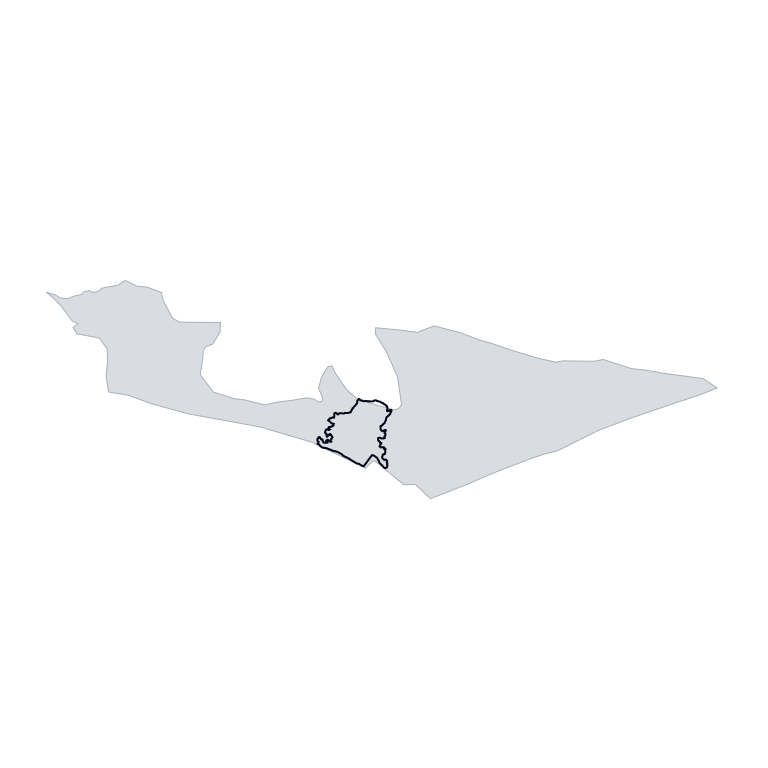 location of Ashqelon, HaDarom, Israel, rotated 267°
{"feature_id": "584046B11408100439208", "entity_name": "Ashqelon", "entity_type": "district", "adm_level": 2, "iso_a3": "ISR", "parent_name": "Israel", "parent_adm1": "HaDarom", "projection": "orthographic", "projection_center": [34.744, 31.637], "detail": "fine", "context": "in_parent", "style": "outline", "palette": "ink", "viewbox_px": 768, "rotation_deg": 267, "n_neighbors": 0, "source": "geoboundaries", "source_scale": "gbopen_adm2", "svg_char_len": 7424}
<svg xmlns="http://www.w3.org/2000/svg" viewBox="0 0 768 768"><g transform="rotate(267 384 384)"><path d="M493.3,51.7L490.0,60.8L486.7,65.6L485.7,72.8L487.9,78.7L489.2,86.7L491.8,88.9L492.7,94.2L490.5,99.4L491.6,103.6L494.5,107.5L496.7,123.5L500.9,131.1L494.5,142.7L493.3,152.1L487.0,166.5L479.5,167.6L462.1,175.7L459.7,178.0L456.7,182.6L456.2,186.2L454.0,224.0L444.4,223.0L432.7,214.9L430.4,207.7L426.9,205.3L418.6,204.4L402.9,200.9L384.7,213.4L377.0,234.1L375.5,243.7L369.3,264.0L371.5,276.4L372.6,292.5L374.2,305.7L372.6,313.6L369.1,317.8L370.1,320.9L373.3,322.0L383.3,318.4L393.9,321.9L404.1,328.7L404.9,333.1L397.7,335.8L380.7,346.1L368.8,358.1L365.6,369.2L357.6,392.8L358.7,397.6L362.6,400.4L390.4,397.9L415.7,388.2L434.6,378.0L440.6,378.6L436.8,404.5L433.7,420.5L435.0,423.2L439.4,437.0L431.4,462.4L422.4,483.0L419.2,492.8L410.5,514.6L401.5,539.8L396.7,557.2L397.8,563.3L395.7,595.2L397.0,604.2L386.4,631.9L384.3,645.5L380.0,664.0L372.7,703.2L362.6,716.3L357.5,701.7L345.9,659.9L337.7,631.2L326.6,596.0L307.9,553.0L306.2,542.7L302.2,527.7L289.4,488.6L279.0,460.4L267.1,424.4L282.0,410.2L282.4,398.4L307.7,371.0L307.4,368.3L300.7,361.0L301.7,359.8L329.7,308.7L347.6,258.0L364.3,187.6L376.1,151.7L386.1,128.0L390.5,108.4L406.7,106.9L418.8,108.9L433.3,109.5L444.8,102.1L450.2,79.9L456.8,76.4L460.1,81.5L463.5,75.7L478.5,65.9L485.9,59.5L493.3,51.7Z" fill="#d9dde1" stroke="#a8b0b8" stroke-width="1"/><path d="M361.6,385.9L361.9,385.7L362.0,385.2L362.4,385.0L362.7,384.8L362.8,384.6L363.0,384.3L363.4,384.1L363.5,383.6L363.7,383.1L364.2,382.9L364.6,382.2L364.9,382.1L365.0,381.8L364.9,381.1L365.3,380.6L365.7,380.6L365.8,380.0L366.4,379.5L366.7,378.1L366.8,377.9L367.0,377.7L367.2,377.3L367.3,376.3L367.5,375.8L367.9,375.5L368.1,375.3L368.1,374.5L368.1,373.9L368.0,373.3L367.5,372.9L367.3,372.3L367.3,371.8L367.3,370.5L367.2,369.8L367.3,369.1L367.7,368.3L367.7,368.0L367.4,367.6L367.5,367.1L367.6,366.8L367.8,366.3L367.9,365.8L368.0,365.3L368.0,364.5L368.0,363.9L368.0,363.2L367.9,362.8L368.0,362.2L368.2,361.8L368.5,361.6L368.7,361.4L368.7,360.8L368.7,360.2L368.8,359.8L368.9,359.6L369.3,359.4L369.5,359.1L369.7,358.9L370.1,358.8L370.4,358.1L370.1,357.9L369.8,357.6L369.6,357.2L369.2,356.8L368.7,356.4L367.9,356.3L366.9,356.3L366.0,356.0L365.6,355.7L365.1,355.0L364.6,354.6L364.2,354.4L363.7,354.0L363.5,353.5L362.9,352.9L361.9,352.1L361.5,351.8L361.3,351.3L360.8,351.2L360.6,351.0L360.1,350.6L359.7,350.4L359.4,350.3L359.2,349.9L358.8,349.8L358.1,349.7L357.7,349.4L357.4,349.0L357.3,348.7L357.5,348.0L357.1,347.4L356.9,346.9L357.0,344.7L357.2,343.4L356.6,342.4L356.7,341.5L357.1,339.6L357.1,339.1L357.1,338.4L357.0,337.6L356.7,337.2L356.3,337.0L356.0,336.6L356.0,336.1L356.3,335.7L356.6,335.6L357.1,335.3L357.6,334.8L357.7,334.3L357.7,333.4L357.2,332.8L355.1,332.7L354.0,332.6L353.6,332.5L353.1,332.4L352.9,332.1L353.3,331.2L353.3,330.8L353.2,330.4L352.7,329.7L352.6,329.0L352.6,328.3L352.4,327.8L351.8,327.6L351.1,327.4L350.9,327.1L350.9,326.8L350.9,326.4L350.7,326.3L350.3,326.6L349.8,327.2L349.3,328.0L348.8,328.5L347.8,329.3L347.3,330.1L347.0,330.3L346.9,330.7L347.0,331.3L346.8,331.8L346.5,331.7L345.9,331.3L345.4,331.4L344.9,331.0L344.7,330.8L344.5,330.2L344.5,329.6L344.3,329.2L343.9,328.8L343.9,327.9L343.9,326.8L343.6,326.5L343.3,326.3L342.9,326.2L342.6,326.0L342.2,325.8L341.9,326.0L341.8,326.5L341.8,327.0L341.6,327.3L341.5,327.0L341.0,326.9L340.9,326.7L340.9,326.4L341.0,326.1L341.3,325.7L341.5,325.5L341.7,325.1L341.6,324.0L341.3,323.7L341.0,323.4L340.5,323.3L340.1,323.2L339.8,323.0L339.4,322.7L338.8,322.6L338.4,322.6L338.0,322.8L337.8,323.4L337.2,323.7L337.0,324.0L336.6,324.1L335.4,324.1L335.2,323.9L334.9,323.9L334.4,324.1L334.3,324.4L334.5,324.8L335.4,325.3L335.7,325.7L335.8,326.1L336.2,326.2L336.5,326.7L336.8,326.9L336.9,327.5L336.5,328.1L336.2,328.4L335.8,328.0L335.6,328.0L335.4,328.5L335.1,328.9L334.7,329.0L334.4,329.3L334.0,329.7L333.4,329.7L332.8,329.1L332.3,329.1L332.1,328.9L332.0,328.5L331.6,328.4L331.2,328.1L330.9,327.8L330.6,327.8L329.9,327.8L329.7,328.1L329.3,328.4L328.9,327.8L329.2,327.3L329.3,327.0L329.7,326.4L330.3,325.9L330.9,325.4L331.2,325.1L331.3,324.5L331.1,324.2L330.7,323.9L330.6,323.5L330.3,323.3L329.8,323.3L329.3,323.4L329.1,323.8L329.0,324.4L328.9,324.5L328.5,324.5L328.4,323.8L328.4,323.2L328.5,321.7L328.4,321.0L328.8,320.5L329.3,320.4L329.7,320.0L330.2,319.8L330.7,319.9L331.7,319.7L332.0,318.3L332.6,318.2L333.0,317.9L333.1,317.6L334.0,317.3L334.4,316.8L334.4,316.3L334.2,315.8L334.0,315.6L333.3,315.6L333.0,315.4L332.8,314.9L332.6,314.7L331.6,314.5L331.0,314.5L330.4,314.9L329.9,315.5L329.6,315.7L329.1,315.4L328.9,315.1L328.3,314.6L327.9,314.6L327.6,314.6L327.0,316.2L326.2,316.5L324.9,317.6L324.1,318.7L323.5,319.7L323.3,321.9L322.5,324.2L322.0,324.8L321.8,325.8L321.3,326.7L320.9,327.8L320.4,328.5L320.2,329.2L319.7,330.0L319.6,331.1L319.3,332.1L318.9,333.2L318.3,334.5L317.7,335.5L317.0,336.7L316.2,337.7L315.9,338.5L315.2,338.8L314.7,339.3L313.8,340.7L313.0,342.1L311.6,344.8L309.6,347.4L308.1,349.7L307.2,350.9L306.0,352.8L305.6,354.8L304.9,355.8L303.5,357.8L303.1,358.9L302.9,359.4L306.7,362.6L312.9,367.7L313.5,368.1L313.4,369.2L313.3,369.8L312.8,370.2L312.6,370.8L312.3,370.9L311.8,371.7L310.5,373.4L309.8,373.6L308.6,374.0L307.9,374.6L307.1,375.0L306.2,375.2L305.6,375.3L305.0,375.9L303.7,377.0L303.0,377.7L302.3,378.4L300.9,379.2L299.8,380.8L300.0,381.2L300.5,382.5L301.4,382.7L301.8,382.9L302.4,383.2L303.3,382.8L303.9,382.9L304.3,383.2L304.7,383.2L305.4,382.7L306.0,382.7L306.4,383.0L306.9,383.1L307.2,382.9L307.8,382.5L308.4,382.0L308.4,381.3L308.2,380.6L308.3,380.1L308.6,379.7L309.0,379.6L309.2,379.1L309.7,378.7L310.7,378.2L311.4,378.3L311.9,378.7L312.3,378.9L312.9,379.0L313.5,379.0L313.8,379.5L313.9,380.4L313.8,380.9L314.2,381.3L314.7,381.4L315.5,381.6L316.3,381.9L316.9,381.6L317.5,381.6L317.9,381.8L318.4,382.1L318.9,382.1L319.0,381.5L319.0,381.1L319.1,380.7L319.5,380.6L320.2,381.0L320.5,381.0L320.9,380.1L321.0,379.0L320.9,378.4L320.8,377.6L321.3,377.4L321.4,377.1L321.6,376.5L322.0,376.3L322.6,376.6L322.8,376.7L323.3,377.0L323.7,377.4L324.1,377.6L324.3,378.0L324.5,378.2L325.2,378.2L325.3,377.1L325.5,377.0L326.1,376.9L326.5,376.8L326.9,376.2L327.4,376.1L327.6,375.6L327.8,375.4L328.8,375.1L330.1,375.2L330.4,375.4L330.5,375.8L330.6,376.9L330.5,377.5L330.2,377.9L329.9,378.1L329.8,378.7L329.7,379.8L329.7,381.2L329.9,381.9L330.2,382.0L330.6,382.1L331.1,381.6L331.4,381.6L332.3,382.3L332.6,382.6L332.8,382.7L333.5,382.8L334.8,382.7L335.1,382.0L336.0,382.0L336.6,382.3L336.9,382.9L337.3,383.5L337.7,383.5L337.8,383.4L337.9,383.1L338.0,382.5L337.8,381.8L337.6,381.3L337.1,380.6L337.0,380.2L337.0,379.9L337.2,379.6L338.1,378.6L338.6,378.3L339.8,378.3L342.0,378.3L342.3,378.7L342.4,379.3L342.6,379.7L342.9,379.9L343.1,380.1L343.1,380.4L343.5,380.6L343.8,380.8L343.9,381.1L344.2,381.2L344.4,381.6L344.6,382.1L344.7,382.4L345.6,382.7L346.2,383.2L346.5,383.3L347.2,383.5L347.5,383.8L347.9,384.1L348.6,384.1L349.4,384.2L349.8,384.4L350.1,384.7L350.6,384.9L351.1,385.2L351.3,385.7L351.5,385.8L351.8,386.2L351.9,386.6L352.1,386.8L352.3,386.9L352.6,387.3L352.7,387.6L353.1,387.8L353.4,388.1L353.7,388.6L354.6,388.7L355.0,389.2L355.7,389.4L355.9,389.6L356.2,389.9L356.7,390.0L357.6,390.0L357.7,389.8L357.8,389.3L357.8,388.8L357.4,388.3L357.0,387.9L356.8,386.9L356.7,386.5L356.7,386.0L357.0,385.6L357.6,385.6L358.1,385.6L358.3,386.0L358.8,386.2L359.9,386.3L360.4,386.0L361.1,385.9L361.6,385.9Z" fill="none" stroke="#020617" stroke-width="2"/></g></svg>